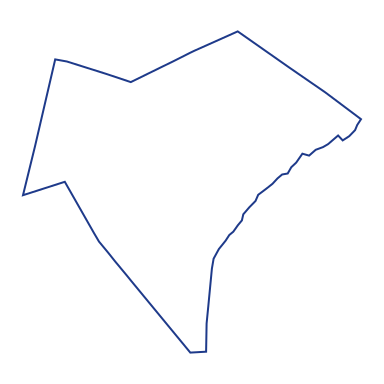 the district of Ibirajuba, Pernambuco, Brazil
{"feature_id": "56859067B4416992329739", "entity_name": "Ibirajuba", "entity_type": "district", "adm_level": 2, "iso_a3": "BRA", "parent_name": "Brazil", "parent_adm1": "Pernambuco", "projection": "robinson", "projection_center": [-36.178, -8.63], "detail": "fine", "context": "isolated", "style": "outline", "palette": "blue", "viewbox_px": 384, "rotation_deg": 0, "n_neighbors": 0, "source": "geoboundaries", "source_scale": "gbopen_adm2", "svg_char_len": 767}
<svg xmlns="http://www.w3.org/2000/svg" viewBox="0 0 384 384"><path d="M66.9,61.5L55.2,59.4L35.1,145.9L23.0,195.2L64.8,181.8L94.0,233.1L99.0,241.6L108.1,252.6L115.1,261.4L126.9,275.6L131.1,280.8L190.3,352.6L206.1,351.7L206.6,323.5L208.3,306.2L211.9,268.6L213.6,258.7L218.9,249.0L225.6,240.7L229.3,235.0L233.3,231.7L237.9,225.2L241.9,220.4L243.3,214.3L249.3,207.3L255.5,201.0L258.2,194.8L266.3,188.7L272.5,183.8L277.5,178.4L282.1,174.5L287.7,173.5L291.3,167.2L296.2,162.6L302.4,153.7L309.1,155.6L315.7,149.8L323.0,147.1L328.0,144.2L338.1,135.5L342.7,140.4L349.2,136.2L355.1,130.1L357.2,125.0L361.0,119.2L325.3,92.4L289.2,67.5L237.7,31.4L194.5,50.7L189.7,53.0L173.1,61.4L162.4,66.6L130.8,82.1L106.2,73.9L66.9,61.5Z" fill="none" stroke="#1e3a8a" stroke-width="2"/></svg>